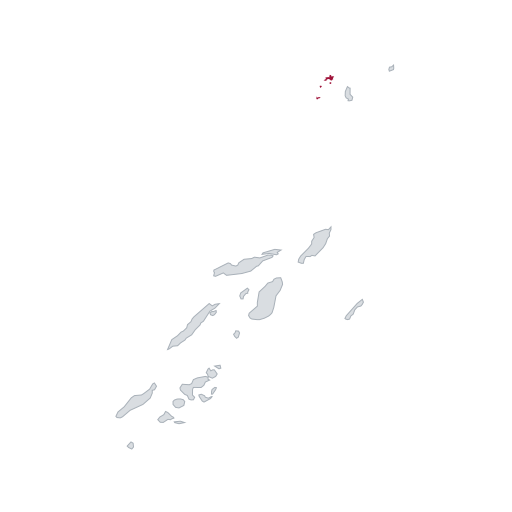 location of Temotu Pele, Solomon Islands, rotated 279°
{"feature_id": "97153195B69741272399773", "entity_name": "Temotu Pele", "entity_type": "district", "adm_level": 2, "iso_a3": "SLB", "parent_name": "Solomon Islands", "parent_adm1": "", "projection": "natural_earth1", "projection_center": [166.262, -10.185], "detail": "fine", "context": "in_parent", "style": "filled", "palette": "rose", "viewbox_px": 512, "rotation_deg": 279, "n_neighbors": 0, "source": "geoboundaries", "source_scale": "gbopen_adm2", "svg_char_len": 5767}
<svg xmlns="http://www.w3.org/2000/svg" viewBox="0 0 512 512"><g transform="rotate(279 256 256)"><path d="M198.4,258.2L206.7,265.2L210.2,264.6L221.0,264.7L227.4,269.7L231.1,271.9L233.3,276.4L235.9,277.4L237.5,279.7L238.4,283.8L234.5,286.0L232.1,286.7L225.8,285.2L219.8,282.0L207.9,281.6L202.4,280.7L200.5,279.5L198.7,277.9L195.9,274.0L193.7,269.5L193.3,266.8L193.1,261.7L193.8,259.9L196.0,258.0L198.4,258.2ZM235.5,216.6L244.8,229.6L244.5,231.9L243.2,233.3L242.9,237.7L244.1,239.4L246.6,240.1L250.9,244.7L252.8,252.1L254.6,254.7L254.7,260.1L258.8,267.7L259.2,271.3L258.8,272.9L257.1,272.0L252.2,263.4L246.6,259.8L246.0,258.2L240.3,253.2L236.5,244.8L232.3,229.9L234.2,226.4L229.6,219.2L229.8,217.3L233.1,217.6L233.8,216.8L235.5,216.6ZM201.9,223.1L203.2,227.2L198.1,223.6L194.3,219.1L183.4,214.3L181.1,211.9L179.1,211.5L173.6,207.5L168.1,204.8L163.9,199.9L161.9,199.0L158.4,195.1L155.1,192.6L153.9,187.9L150.6,184.7L149.8,183.3L160.2,185.9L165.0,191.0L169.1,193.9L170.5,196.0L174.2,198.8L177.5,199.1L180.9,202.0L183.9,202.8L186.3,204.3L201.7,217.2L199.9,220.6L201.9,223.1ZM271.9,306.6L276.6,309.1L279.3,308.7L283.4,310.5L286.4,309.5L288.4,311.7L293.3,320.6L293.3,323.4L296.5,325.5L293.8,325.9L290.1,324.8L287.2,325.5L284.2,323.8L279.1,322.9L274.6,320.9L265.3,314.3L265.4,311.1L263.9,309.5L263.4,305.5L260.1,304.2L256.2,303.9L255.9,302.0L256.6,298.6L259.5,298.7L262.9,300.1L271.9,306.6ZM113.5,174.0L114.7,175.5L111.8,178.1L108.0,176.7L107.1,174.5L104.4,175.0L99.1,173.7L91.7,167.5L83.9,155.8L76.3,149.3L74.9,147.3L74.7,144.0L75.7,142.7L80.4,144.1L86.4,149.4L96.4,155.0L99.1,157.8L100.8,164.6L102.5,166.6L107.9,171.8L113.5,174.0ZM124.1,213.5L126.4,217.1L129.2,225.0L128.7,227.7L126.8,227.9L126.2,229.6L123.6,225.7L120.1,224.7L117.5,222.3L116.4,214.7L114.4,214.2L108.7,215.0L106.9,217.5L104.2,216.7L103.7,214.4L104.1,212.2L107.5,210.0L108.2,207.2L111.7,202.4L113.8,201.5L117.8,203.3L118.4,210.2L119.9,212.4L124.1,213.5ZM229.8,367.8L227.2,369.3L224.8,368.5L223.0,367.4L221.5,364.1L218.3,362.0L213.8,361.1L211.5,359.0L208.4,358.3L207.5,356.5L207.7,354.6L208.2,353.6L211.1,354.5L225.0,363.4L229.8,367.8ZM83.8,199.7L83.1,200.3L81.8,198.0L80.9,197.2L80.9,194.6L77.1,190.4L76.8,187.4L79.0,184.6L81.9,186.2L84.9,189.8L88.3,191.0L87.6,193.4L84.5,197.7L83.8,199.7ZM102.7,206.6L101.1,208.4L97.1,208.1L93.9,203.7L93.9,200.3L96.4,197.3L99.3,196.8L100.9,197.9L102.4,200.5L103.0,203.7L102.7,206.6ZM137.0,232.7L133.4,236.1L130.7,235.0L128.5,232.0L129.6,227.6L131.7,226.6L132.9,225.1L136.9,226.3L137.9,227.2L135.5,229.3L136.8,231.1L137.0,232.7ZM436.5,322.7L430.4,323.6L428.0,326.7L424.8,326.4L423.8,323.8L423.8,322.6L425.4,322.8L426.3,320.3L428.2,319.0L432.4,318.5L437.6,319.8L436.4,322.1L436.5,322.7ZM265.5,273.5L265.8,279.8L262.9,276.4L261.6,277.6L260.4,276.0L260.6,268.7L258.6,261.7L260.2,262.4L265.5,273.5ZM110.2,234.0L110.2,234.6L108.1,233.4L103.6,227.5L104.3,225.6L108.5,221.8L109.8,221.3L110.9,223.6L109.9,227.1L108.6,228.0L108.1,231.2L110.2,234.0ZM214.0,246.2L217.1,246.7L222.9,252.5L221.6,254.3L218.9,253.4L218.0,253.7L217.2,251.8L214.2,250.0L211.6,249.9L211.3,247.9L214.0,246.2ZM177.4,251.8L173.1,251.2L171.7,249.7L173.3,247.5L175.2,246.1L177.0,247.4L178.9,247.7L179.1,250.5L177.4,251.8ZM51.9,163.9L48.2,164.9L45.9,163.5L46.9,160.2L48.1,158.5L52.8,161.6L51.9,163.9ZM195.9,225.1L194.2,225.6L191.5,224.1L190.4,222.6L190.9,220.3L192.4,219.5L194.2,221.0L194.4,222.6L195.9,225.1ZM466.1,362.0L462.9,362.7L461.6,362.6L459.4,358.8L461.0,358.0L463.4,358.3L464.1,360.5L466.1,362.0ZM119.8,235.9L119.7,237.5L117.6,237.0L112.8,234.7L112.6,233.6L115.3,233.3L117.3,233.5L119.8,235.9ZM81.0,207.2L80.3,211.5L78.3,206.2L78.7,201.8L79.4,201.2L81.0,207.2ZM142.5,237.6L139.7,238.8L138.8,237.1L140.8,232.4L142.5,237.6Z" fill="#d9dde1" stroke="#a8b0b8" stroke-width="1"/><path d="M445.0,301.6L445.0,301.4L444.9,301.3L444.9,301.2L444.7,301.1L444.4,301.2L444.2,301.2L443.8,301.3L443.7,301.3L443.4,301.4L443.2,301.5L442.9,301.6L442.9,301.8L443.0,301.7L443.1,301.8L443.3,301.9L443.3,302.0L443.2,302.2L443.2,302.3L442.9,302.4L442.9,302.5L443.0,302.5L442.9,302.5L443.0,302.5L443.0,302.4L443.1,302.5L443.3,302.6L443.5,302.5L443.8,302.5L444.0,302.4L444.4,302.1L444.6,301.9L444.8,301.9L445.0,301.7L445.0,301.6ZM444.0,302.5L443.9,302.5L443.7,302.6L443.3,302.6L443.3,302.8L443.2,302.9L443.2,302.7L442.9,302.7L442.8,302.8L442.7,302.9L442.8,302.9L442.8,303.0L443.0,303.2L443.0,303.3L442.9,303.4L442.9,303.5L443.0,303.6L443.4,303.3L443.6,303.2L443.8,303.2L443.9,302.9L443.9,302.7L444.0,302.5ZM443.3,299.5L443.3,299.4L443.2,299.3L443.2,299.2L443.0,298.9L442.9,298.8L442.9,298.6L442.7,298.6L442.8,298.8L442.8,299.0L442.9,299.3L442.9,299.6L443.0,299.7L443.0,299.8L443.0,300.0L442.9,300.2L442.8,300.5L442.8,300.8L442.8,301.0L442.7,301.2L442.7,301.3L442.6,301.5L442.4,301.8L442.5,301.8L442.6,301.6L442.8,301.4L442.9,301.2L443.0,301.2L443.0,300.9L443.1,300.7L443.1,300.4L443.1,300.2L443.2,299.9L443.2,299.7L443.3,299.5ZM445.7,301.3L445.7,301.2L445.4,301.2L445.3,301.3L445.4,301.5L445.5,301.5L445.6,301.4L445.7,301.3ZM442.8,298.1L442.8,297.9L442.7,297.7L442.6,297.8L442.7,298.0L442.8,298.2L442.8,298.1ZM444.8,303.8L444.8,303.7L444.7,303.6L444.6,303.8L444.8,303.9L444.8,303.8ZM442.8,302.0L442.8,301.9L442.7,301.9L442.7,302.0L442.5,302.3L442.8,302.3L442.8,302.2L442.7,302.3L442.7,302.2L442.8,302.0L442.8,302.0ZM433.5,293.4L433.5,293.2L433.4,293.2L433.3,293.3L433.5,293.4L433.5,293.4ZM421.3,291.9L421.2,291.8L421.3,291.7L421.2,291.7L421.1,291.8L421.2,292.0L421.3,291.9ZM440.8,297.3L440.8,297.2L440.7,297.1L440.7,297.3L440.8,297.4L440.8,297.3ZM438.5,302.5L438.5,302.4L438.4,302.4L438.4,302.5L438.5,302.5L438.5,302.5ZM442.7,303.1L442.7,302.9L442.7,303.0L442.7,303.1ZM422.1,293.2L421.9,293.1L422.0,293.2L422.1,293.3L422.1,293.2ZM442.6,302.9L442.5,303.0L442.6,302.9Z" fill="#f43f5e" stroke="#9f1239" stroke-width="1.5"/></g></svg>